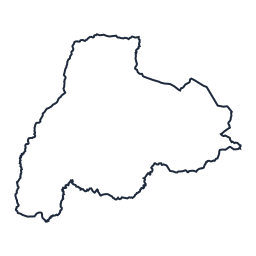 outline of Meluco, Cabo Delgado, Mozambique
{"feature_id": "85939544B29216683074298", "entity_name": "Meluco", "entity_type": "district", "adm_level": 2, "iso_a3": "MOZ", "parent_name": "Mozambique", "parent_adm1": "Cabo Delgado", "projection": "natural_earth1", "projection_center": [39.629, -12.461], "detail": "fine", "context": "isolated", "style": "outline", "palette": "slate", "viewbox_px": 256, "rotation_deg": 0, "n_neighbors": 0, "source": "geoboundaries", "source_scale": "gbopen_adm2", "svg_char_len": 5731}
<svg xmlns="http://www.w3.org/2000/svg" viewBox="0 0 256 256"><path d="M217.5,158.4L219.1,153.9L219.4,151.0L219.8,150.0L222.3,149.5L225.5,149.7L229.6,146.9L230.6,147.1L233.9,149.4L238.0,149.1L238.8,148.6L239.2,148.0L240.0,148.4L239.8,147.6L240.3,146.8L240.2,146.1L240.6,145.9L240.5,145.3L239.4,144.9L237.4,142.9L235.7,142.6L234.4,143.1L232.7,141.7L231.6,142.1L230.2,139.8L229.7,137.8L225.1,135.5L224.1,136.0L223.3,136.0L221.6,135.0L220.9,134.1L221.8,133.7L224.3,131.4L229.0,128.1L229.6,128.0L229.9,127.5L229.5,126.8L229.3,125.2L228.4,123.9L228.3,123.2L228.8,122.0L229.9,121.0L230.7,119.2L230.7,117.9L231.4,116.0L231.1,112.8L231.8,111.9L227.5,106.5L226.7,106.3L223.5,106.7L217.7,105.6L206.8,87.2L206.3,86.8L203.7,85.9L194.3,80.1L191.3,78.6L190.1,79.4L189.8,81.5L189.4,82.3L185.2,84.6L183.7,86.9L182.7,87.8L181.0,88.3L180.1,90.5L178.7,89.8L174.4,86.4L170.0,84.0L164.2,83.5L161.0,82.7L159.2,81.8L152.5,79.8L144.2,76.8L142.9,76.0L142.0,73.9L140.0,73.9L139.3,73.6L137.7,72.1L137.1,70.0L135.2,68.8L135.1,68.2L135.4,67.0L136.6,65.3L136.9,64.0L135.5,58.5L135.9,56.2L135.7,54.2L136.2,53.7L135.6,52.7L136.6,51.9L136.4,51.4L136.1,51.3L136.1,50.3L136.9,49.3L138.5,48.4L138.4,47.1L139.7,46.3L139.0,44.9L139.2,44.5L139.1,43.1L139.7,42.2L139.5,41.1L139.7,40.0L138.7,38.8L138.7,37.0L135.2,37.6L132.8,36.7L131.8,36.7L130.8,37.7L129.6,38.1L128.6,39.1L127.4,38.3L125.0,37.8L123.5,38.4L120.5,38.0L119.3,37.5L118.2,37.6L117.3,37.2L116.1,35.7L109.1,36.5L105.5,35.5L103.8,34.7L99.8,35.3L96.8,34.3L95.9,35.2L94.5,35.3L94.1,35.8L93.9,37.0L93.3,37.4L92.8,37.5L91.3,36.8L90.0,36.9L88.0,38.4L87.0,39.6L85.7,40.2L84.9,41.0L82.8,40.0L81.1,40.1L80.4,40.4L79.9,41.4L79.2,41.7L76.3,41.3L74.5,42.0L74.0,43.7L72.4,46.1L72.8,47.7L73.3,48.6L73.1,50.3L71.9,51.2L71.4,52.0L71.6,54.4L70.3,55.9L69.8,58.4L69.4,59.0L68.4,59.4L67.4,61.6L67.1,64.5L66.5,65.8L66.4,67.1L65.3,69.0L64.4,73.2L64.0,74.3L63.9,75.1L65.2,76.6L65.6,77.6L65.2,79.0L64.6,79.8L64.6,80.9L64.2,81.4L64.5,82.9L64.1,87.0L63.5,88.6L64.2,90.9L65.2,92.3L65.2,92.8L61.7,95.4L60.6,97.1L59.7,97.5L58.4,99.0L57.3,101.8L55.9,103.1L52.8,104.8L51.5,106.4L49.0,107.9L46.7,108.8L44.4,112.2L42.8,113.5L42.7,115.7L40.2,119.9L40.4,121.5L39.2,122.6L36.4,122.9L35.6,124.2L35.1,125.5L35.1,126.5L34.5,127.4L34.7,129.5L34.4,131.2L35.0,132.1L35.1,132.8L34.2,134.0L35.1,135.2L35.0,136.5L34.3,137.2L33.1,137.3L32.2,138.1L31.0,137.9L28.8,138.3L28.1,139.5L27.9,141.0L28.6,142.9L28.5,143.5L27.9,144.0L26.2,144.1L25.4,145.1L25.3,146.1L25.7,147.8L25.1,149.0L25.3,151.1L24.2,152.1L23.5,153.6L22.7,153.5L21.9,153.9L22.3,154.8L21.9,155.1L21.5,155.0L20.7,155.8L21.2,156.6L21.0,157.5L20.5,157.8L20.2,157.4L19.8,158.2L20.6,160.5L20.0,160.9L19.9,162.0L20.2,162.5L19.8,163.3L20.5,163.6L20.8,165.0L20.4,166.3L21.4,167.3L21.2,167.8L21.9,169.3L21.0,170.0L21.3,172.3L21.1,173.6L20.7,173.8L20.6,175.2L20.2,176.3L20.6,177.0L20.4,178.1L19.8,178.5L17.5,182.2L17.1,182.0L16.9,182.4L17.5,184.4L17.5,185.7L18.4,186.6L18.6,187.7L17.8,188.5L17.6,189.4L16.7,191.0L16.8,193.0L15.5,194.3L15.4,195.7L16.2,198.6L17.0,200.4L17.0,201.7L17.6,203.4L18.7,205.2L18.5,205.7L17.6,206.6L16.6,207.1L16.6,208.1L16.1,208.8L15.9,210.0L17.2,211.1L17.9,213.0L21.2,213.9L22.2,214.8L27.5,216.6L34.5,216.4L36.7,213.5L39.2,212.5L40.7,212.5L41.5,212.9L41.9,213.6L42.2,216.8L42.7,218.1L45.0,220.2L45.4,221.0L45.8,220.9L46.0,221.7L46.3,221.7L46.7,221.3L47.4,221.4L47.6,220.6L48.1,221.0L48.5,220.9L48.5,219.7L49.7,218.5L49.7,217.9L50.7,217.7L50.6,216.9L51.4,216.7L51.5,216.1L52.2,216.3L53.0,215.4L53.4,215.7L55.0,215.5L56.7,214.7L57.5,215.2L58.9,214.2L59.1,213.5L59.9,212.8L60.3,211.8L60.0,211.2L60.4,210.5L61.4,209.8L61.8,208.7L61.7,207.7L60.7,206.8L60.6,205.8L60.8,205.3L60.5,204.2L61.0,203.4L61.0,202.5L61.5,200.8L62.2,200.1L62.5,199.2L63.2,198.9L63.2,198.2L62.8,197.7L63.1,197.1L62.8,195.6L63.1,194.9L64.0,194.3L63.3,193.3L63.7,192.0L62.5,191.1L62.2,189.8L62.5,189.6L62.7,190.0L63.0,190.0L62.8,188.5L63.1,187.7L65.0,188.2L65.9,187.9L66.1,187.5L65.2,187.0L65.7,185.3L66.4,185.3L67.1,184.7L68.2,185.3L68.5,185.1L68.7,183.2L69.6,182.5L70.3,181.4L71.2,181.4L71.1,180.4L71.9,180.5L72.4,180.2L72.6,180.4L72.8,181.7L72.0,182.9L73.3,184.3L75.5,185.0L76.1,186.4L77.2,186.8L78.4,186.8L79.2,187.8L80.5,188.2L80.6,189.6L81.8,189.0L83.2,189.3L83.5,190.0L85.3,191.3L86.6,190.9L87.2,189.7L88.1,190.5L89.4,189.2L89.7,188.5L91.3,188.4L92.6,191.0L94.5,192.7L94.8,192.6L97.0,189.6L97.3,189.5L97.9,190.2L97.9,191.6L99.2,193.2L100.3,195.4L101.2,195.5L102.1,194.8L104.9,194.2L107.7,194.1L112.2,196.6L112.9,197.8L114.0,198.2L114.5,198.9L115.9,199.5L116.6,199.4L118.0,197.7L119.1,199.0L119.9,199.2L121.3,198.4L121.8,197.3L127.3,198.4L129.2,197.3L130.5,197.6L131.6,197.4L132.4,197.9L133.8,196.9L134.8,195.9L135.1,194.8L136.3,194.1L136.8,193.0L138.2,192.7L138.7,192.0L139.6,191.8L140.2,190.4L140.2,189.7L141.0,189.1L141.3,188.1L142.3,187.8L143.1,188.4L143.5,188.2L144.1,187.3L143.9,186.4L143.4,185.8L143.7,185.2L144.4,185.1L145.1,185.6L145.6,185.4L145.7,184.1L144.3,181.8L144.3,181.1L145.0,179.6L144.8,179.0L143.8,178.2L144.9,177.7L147.9,173.3L148.5,173.2L149.2,174.0L149.9,174.6L150.3,174.5L150.4,173.5L150.0,172.8L150.4,171.9L151.8,171.8L152.5,170.4L152.3,168.8L151.4,168.1L151.3,167.5L153.7,164.8L154.5,163.4L155.2,163.3L156.8,164.4L158.1,164.5L158.4,164.4L159.1,163.4L161.2,163.3L161.7,164.8L162.0,165.0L163.4,164.4L165.9,165.1L166.9,165.9L170.0,170.9L173.5,171.5L175.6,172.4L177.0,172.5L178.4,171.5L182.3,171.3L185.5,170.3L186.5,170.8L187.5,172.2L188.4,172.1L188.9,171.3L189.7,171.0L192.3,170.7L193.8,170.8L196.3,171.7L197.1,170.3L198.9,169.0L200.7,168.4L201.6,168.5L202.1,168.1L202.7,168.2L203.7,167.6L204.9,164.5L205.7,163.7L205.9,162.3L207.0,161.9L207.5,161.0L209.2,160.8L210.3,161.3L211.6,161.3L213.8,160.5L214.6,160.8L216.0,158.8L217.5,158.4Z" fill="none" stroke="#1e293b" stroke-width="2"/></svg>